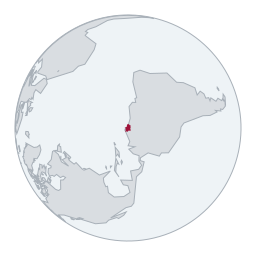 Delta Amacuro on an orthographic globe, rotated 248°
{"feature_id": "VEN-65", "entity_name": "Delta Amacuro", "entity_type": "State", "adm_level": 1, "iso_a3": "VEN", "parent_name": "Venezuela", "parent_adm1": "", "projection": "orthographic", "projection_center": [-61.33, 8.902], "detail": "fine", "context": "on_globe", "style": "filled", "palette": "rose", "viewbox_px": 256, "rotation_deg": 248, "n_neighbors": 0, "source": "natural_earth", "source_scale": "10m", "svg_char_len": 10051}
<svg xmlns="http://www.w3.org/2000/svg" viewBox="0 0 256 256"><g transform="rotate(248 128 128)"><circle cx="128" cy="128" r="113" fill="#eef3f6" stroke="#a8b0b8"/><path d="M64.6,34.9L68.0,33.0L70.1,31.8L70.4,31.3L72.7,29.9L74.2,29.1L76.9,27.6L78.9,26.9L80.7,26.1L80.8,25.8L83.6,24.5L83.1,25.0L88.0,22.9L92.1,22.0L88.8,25.8L93.4,25.4L96.0,29.8L98.1,28.7L100.4,30.1L103.6,29.5L103.2,30.9L106.1,29.3L105.9,28.2L107.1,27.3L109.0,26.9L108.8,28.4L107.8,28.8L108.7,29.1L107.8,30.1L109.3,29.4L108.9,31.5L112.1,29.0L114.1,30.3L113.0,31.8L109.5,32.2L98.2,37.9L96.1,40.2L96.5,42.7L105.0,46.0L104.1,48.5L105.5,51.6L107.7,49.8L107.3,46.8L111.7,44.4L110.8,41.4L112.4,40.2L112.9,37.2L116.7,37.2L120.2,39.0L120.0,41.6L121.5,42.5L124.8,39.9L127.5,45.0L134.5,49.2L134.8,50.8L129.6,53.6L121.6,53.6L114.9,58.6L123.2,55.1L123.7,59.7L125.5,60.5L127.7,60.2L129.1,58.5L130.1,60.2L122.3,63.9L121.2,62.4L123.7,61.2L120.0,61.4L114.7,64.5L115.4,66.9L106.7,70.3L107.1,72.1L105.4,74.1L105.4,70.8L105.2,77.0L95.1,83.9L94.7,95.5L90.8,86.4L86.8,85.3L81.9,85.4L81.7,87.2L75.4,85.6L69.2,89.3L66.0,98.5L67.5,105.7L74.6,106.3L77.1,102.4L82.5,101.7L77.8,112.4L87.2,114.3L85.7,122.4L88.4,126.7L93.2,125.7L98.2,127.9L102.1,123.2L108.1,120.8L108.0,127.4L111.5,121.4L114.8,124.6L126.9,124.4L126.0,125.9L136.2,133.7L147.5,137.0L150.2,141.7L148.8,144.7L152.8,145.5L152.8,147.4L169.0,149.8L177.3,154.2L177.1,160.8L170.3,168.8L164.4,184.7L152.2,190.2L149.3,196.3L140.2,205.1L132.7,204.5L135.1,208.7L131.2,211.2L126.5,211.3L125.9,214.2L122.4,214.2L124.9,216.1L119.8,219.6L121.9,222.5L118.3,225.1L119.8,226.7L118.3,226.6L116.8,227.1L116.8,228.0L111.8,226.4L109.7,222.7L111.0,220.9L108.9,220.5L111.6,215.6L109.5,216.6L108.9,208.8L111.3,202.1L111.7,181.8L109.1,177.6L100.4,172.5L89.8,156.2L92.4,149.7L90.2,146.5L97.4,137.3L95.7,128.4L93.2,127.1L90.6,130.3L82.3,124.4L79.7,117.6L56.2,105.3L54.2,101.8L54.9,96.3L51.1,78.2L50.9,94.9L48.7,91.4L47.6,85.4L49.2,84.0L49.8,75.5L48.3,72.1L51.4,62.0L60.9,50.3L60.8,52.2L63.1,49.5L63.3,47.1L63.0,46.2L71.2,36.2L73.3,31.4L70.3,32.4L73.9,30.5L65.5,34.5L64.4,35.1L64.6,34.9ZM93.8,99.5L104.5,105.4L98.0,105.9L99.3,104.9L96.7,102.5L91.7,100.2L86.1,101.3L93.8,99.5ZM99.4,93.2L97.5,92.7L99.4,92.7L99.4,93.2ZM62.4,46.1L63.1,47.2L62.0,50.0L61.2,49.2L62.4,46.1ZM64.8,41.3L65.8,41.3L63.2,43.8L63.4,43.0L64.8,41.3ZM67.5,33.6L67.6,33.9L66.7,34.1L67.5,33.6ZM74.2,29.0L73.9,29.2L73.2,29.6L74.0,29.2L74.2,29.0ZM110.8,37.5L111.8,37.3L111.2,37.9L110.8,37.5ZM110.0,36.4L108.5,37.2L107.9,36.8L108.9,36.3L110.0,36.4ZM80.2,26.0L79.7,26.2L79.5,26.4L80.2,26.0ZM112.0,35.5L107.1,36.0L106.1,35.4L108.8,33.1L112.0,35.5ZM85.5,23.7L84.5,24.1L84.4,24.1L85.5,23.7ZM105.0,28.1L105.4,29.2L103.3,28.6L105.0,28.1ZM103.4,28.0L95.5,28.4L96.0,26.8L98.6,26.9L97.8,25.3L101.9,24.4L103.2,25.0L102.1,26.1L104.6,24.9L103.4,28.0ZM96.4,19.9L95.6,20.1L95.3,20.2L96.4,19.9ZM107.5,26.8L105.8,26.9L106.1,25.6L109.5,25.1L108.3,25.7L107.5,26.8ZM95.5,25.5L96.3,24.6L99.9,23.5L100.7,23.0L102.0,24.2L95.5,25.5ZM109.2,25.8L111.2,24.9L112.7,25.3L109.1,26.7L109.2,25.8ZM104.8,25.4L105.1,24.8L106.0,25.0L104.8,25.4ZM119.4,26.7L117.5,26.6L117.4,25.8L119.4,26.7ZM111.8,24.6L111.2,24.5L111.0,24.2L112.6,23.8L111.8,24.6ZM104.4,23.4L105.8,23.3L104.1,22.9L106.7,22.2L107.1,23.2L108.0,22.5L108.8,22.3L108.2,23.4L104.4,23.4ZM113.5,22.7L114.9,24.0L118.6,24.2L118.7,24.8L112.8,24.5L113.5,22.7ZM110.5,23.0L112.4,22.9L111.5,23.6L109.7,24.1L110.5,23.0ZM108.3,21.4L104.2,22.2L108.3,21.4ZM114.7,22.5L114.3,22.2L115.1,22.5L114.7,22.5ZM110.4,21.6L109.0,21.8L109.1,21.5L110.4,21.6ZM114.8,21.5L115.3,21.9L114.1,22.2L114.8,21.5ZM113.0,21.4L113.4,21.0L113.4,22.1L112.3,21.5L113.0,21.4ZM110.8,21.3L110.4,21.2L111.4,21.2L110.8,21.3ZM119.2,20.3L119.4,21.6L116.7,22.2L116.9,20.8L119.2,20.3ZM120.4,229.6L112.3,226.9L116.8,228.2L119.3,226.9L123.8,228.9L120.4,229.6ZM128.2,226.3L131.4,225.5L132.4,226.0L130.3,226.6L128.2,226.3ZM217.7,59.9L218.3,61.8L214.9,57.9L211.4,52.4L211.0,51.9L217.7,59.9ZM207.0,47.7L206.5,47.3L204.5,45.3L207.0,47.7ZM203.6,44.5L205.4,46.3L206.8,47.5L208.2,49.1L207.0,48.1L205.9,46.9L205.4,46.7L210.9,52.9L212.9,54.9L213.5,57.5L216.9,61.1L218.1,63.5L212.8,58.2L211.0,56.0L203.7,51.6L205.7,54.0L212.7,58.6L211.9,58.5L214.7,62.5L211.9,59.5L203.8,54.4L202.2,57.5L205.6,68.7L203.6,70.6L199.4,69.7L192.8,59.9L198.1,56.9L195.8,54.0L190.2,50.7L192.3,50.3L190.6,48.8L192.2,47.7L189.8,43.3L190.7,42.1L185.4,37.8L185.2,36.8L188.4,39.5L191.0,41.1L192.7,39.1L191.8,37.9L188.2,35.4L189.1,35.4L185.4,33.3L184.3,31.5L182.6,32.0L178.4,29.7L175.3,27.5L173.6,26.9L178.7,30.6L180.9,32.0L183.3,33.0L189.3,37.8L189.6,39.1L182.3,34.9L182.0,36.6L176.5,33.1L166.3,24.5L164.3,22.7L170.2,23.8L173.2,25.1L172.5,25.3L177.1,27.0L174.8,25.9L175.6,26.1L171.7,24.4L172.1,24.4L167.8,22.8L167.8,22.7L170.5,23.7L166.1,22.0L174.2,25.3L182.1,29.2L189.7,33.7L196.8,38.8L203.6,44.5ZM226.8,74.0L225.5,71.6L227.0,74.3L230.7,81.7L233.8,89.3L236.3,97.2L238.3,105.2L239.7,113.4L240.5,121.6L240.6,129.8L240.2,138.1L239.1,146.3L237.5,154.4L235.3,162.3L232.5,170.1L229.1,177.6L225.2,184.9L220.8,191.9L219.7,193.0L222.3,189.1L225.5,182.3L231.2,164.8L234.4,155.6L235.4,149.2L233.9,136.1L234.4,127.7L233.4,124.7L231.6,126.5L230.0,123.0L228.7,123.5L218.1,129.9L213.2,125.9L203.3,111.9L203.9,105.1L201.1,98.1L203.2,71.0L207.1,71.2L212.6,65.0L213.9,65.4L216.9,70.7L223.9,74.4L221.9,69.5L224.7,70.8L224.2,69.4L222.5,66.6L226.8,74.0ZM206.4,83.6L207.3,85.7L206.4,83.6ZM127.3,124.3L128.8,125.6L126.8,125.7L127.3,124.3ZM97.0,108.6L99.3,108.8L100.5,109.9L98.6,110.1L97.0,108.6ZM117.3,109.1L120.1,109.7L117.1,110.2L117.3,109.1ZM106.2,106.1L115.0,108.9L109.2,110.7L103.7,109.1L107.6,108.6L106.2,106.1ZM97.9,96.9L99.4,97.4L98.8,98.6L97.9,96.9ZM100.8,93.2L100.2,93.3L99.6,92.3L100.8,93.2ZM124.2,59.4L124.8,59.2L127.1,59.4L125.9,60.1L124.2,59.4ZM137.8,56.1L139.1,58.9L137.3,57.3L136.0,58.6L130.5,57.1L134.7,51.5L133.7,54.2L137.8,56.1ZM124.4,54.0L127.4,55.3L124.0,54.1L124.4,54.0ZM179.9,42.6L181.9,43.0L183.5,44.9L182.4,47.3L180.1,44.5L179.9,42.6ZM184.4,43.4L177.5,39.1L177.9,37.7L178.8,39.1L179.8,38.7L181.6,40.9L188.8,44.2L190.6,46.2L187.5,48.9L187.5,46.8L185.5,46.3L184.4,43.4ZM159.0,33.4L156.0,32.4L160.8,30.7L163.1,32.0L162.1,34.1L158.8,34.0L159.0,33.4ZM117.6,31.7L116.2,32.0L116.2,31.5L117.5,30.9L117.6,31.7ZM118.5,26.7L124.1,30.1L122.7,30.6L127.6,32.5L125.8,34.5L122.7,33.1L125.1,36.3L121.5,35.8L123.5,38.0L116.8,34.7L113.7,34.6L117.8,33.8L119.5,31.9L119.3,31.1L116.4,29.0L110.6,28.3L111.4,26.7L113.5,25.7L115.0,25.6L114.0,26.6L116.7,25.7L116.5,27.2L118.5,26.7ZM137.3,19.3L135.5,19.8L140.9,19.7L140.7,20.6L141.3,20.5L142.6,21.4L145.3,22.5L144.6,22.8L145.9,23.1L146.8,23.8L148.4,24.4L147.8,25.4L149.7,26.2L148.4,26.2L151.8,27.4L149.0,27.0L149.8,28.1L152.1,27.9L145.2,33.5L144.4,36.7L145.3,39.8L140.4,39.1L136.4,35.9L133.6,32.1L135.0,29.4L132.5,29.7L132.5,28.6L134.5,28.8L131.4,27.8L131.9,27.0L129.3,24.6L124.6,24.2L123.6,23.4L125.7,23.2L123.2,22.7L126.4,21.8L125.7,21.3L128.3,20.2L132.7,20.3L131.6,19.8L133.5,19.1L137.3,19.3ZM120.0,20.0L125.4,19.5L127.9,19.9L122.4,21.8L122.6,22.3L119.1,23.9L115.6,23.4L116.9,23.0L117.3,22.4L118.3,22.8L117.8,22.1L119.6,21.6L119.8,21.0L121.5,21.0L120.0,20.0ZM213.1,63.1L213.7,63.0L214.2,62.2L215.9,64.9L213.1,63.1ZM207.7,59.7L207.9,59.1L210.6,62.1L209.9,62.4L207.7,59.7ZM205.7,56.3L207.7,58.8L206.3,57.6L205.7,56.3ZM188.3,39.0L188.3,38.3L189.2,38.9L190.2,39.9L188.3,39.0ZM153.2,20.4L151.8,20.4L151.2,20.2L147.2,19.5L147.1,19.0L149.4,19.2L153.2,20.4ZM219.0,61.6L220.5,63.8L220.0,63.1L219.6,62.5L219.0,61.6ZM219.1,64.3L220.2,64.8L219.6,65.0L219.1,64.3ZM152.3,19.8L150.7,19.5L151.6,19.5L152.3,19.8ZM146.7,18.6L147.4,18.5L146.6,18.9L146.7,18.6ZM160.4,20.1L160.1,20.1L153.8,18.4L148.7,17.3L154.4,18.5L158.5,19.6L159.6,19.9L160.4,20.1ZM136.6,15.7L134.6,15.6L136.6,15.7ZM144.8,17.1L146.5,17.4L145.7,17.4L144.8,17.1Z" fill="#d9dde1" stroke="#a8b0b8" stroke-width="1"/><path d="M130.5,128.7L130.7,128.8L130.9,129.1L130.9,129.3L130.7,129.4L130.6,129.5L130.4,129.7L130.2,129.8L129.5,129.9L129.5,130.0L129.4,130.0L129.2,130.1L129.1,130.3L129.0,130.2L128.7,129.9L128.5,130.0L128.4,130.0L128.2,130.1L127.9,130.0L127.5,129.5L127.4,129.4L127.4,129.2L126.2,129.2L125.5,128.9L125.7,128.7L125.8,128.8L126.0,128.7L126.3,128.5L126.3,128.4L126.5,128.4L126.6,128.2L126.5,127.9L126.6,127.7L126.4,127.7L126.2,127.6L126.1,127.4L126.1,127.1L125.9,127.0L125.9,126.9L125.8,126.7L126.0,126.6L126.1,126.4L126.2,126.1L126.2,125.9L126.3,126.0L126.4,126.4L126.3,126.5L126.4,126.4L126.4,126.1L126.5,126.0L126.4,126.0L126.4,125.9L126.2,125.9L126.3,125.8L126.5,125.8L126.8,126.1L127.0,126.2L127.0,126.3L127.0,126.5L127.1,126.4L127.2,126.5L127.2,126.4L127.0,126.2L127.3,126.2L127.5,126.3L127.5,126.2L127.4,126.1L127.5,126.1L127.8,126.4L127.8,126.2L127.7,126.2L127.8,126.2L128.0,126.4L128.2,126.6L128.3,126.7L128.2,126.6L128.3,126.6L128.5,126.7L128.7,126.8L128.8,126.8L129.0,127.0L129.0,127.3L128.9,127.3L128.7,127.4L128.6,127.5L128.4,127.7L128.5,127.7L128.7,127.4L128.7,127.5L128.5,127.8L128.4,127.9L128.4,128.0L128.3,128.3L128.3,128.5L128.2,128.6L127.6,128.6L127.4,128.5L127.5,128.7L127.7,128.8L127.8,128.8L128.0,128.8L128.1,129.0L128.2,128.9L128.3,128.8L128.5,128.8L128.5,129.0L128.5,128.9L128.7,128.7L128.8,128.6L129.2,128.6L129.3,128.6L129.5,128.7L129.8,128.6L130.2,128.5L130.3,128.6L130.5,128.7L130.5,128.7ZM128.6,128.2L128.8,128.1L129.1,128.1L129.3,128.2L129.2,128.3L129.0,128.5L128.9,128.5L128.7,128.5L128.3,128.6L128.3,128.4L128.5,128.2L128.6,128.2ZM128.6,128.6L128.6,128.8L128.4,128.8L128.2,128.8L128.2,128.7L128.3,128.7L128.5,128.6L128.6,128.6ZM128.8,127.8L128.8,127.7L128.9,127.8L129.0,127.8L128.9,127.8L128.9,128.0L128.5,128.1L128.7,127.9L128.8,127.8L128.8,127.8ZM127.9,128.6L128.0,128.6L128.1,128.8L127.9,128.8L127.7,128.7L127.8,128.7L127.9,128.6ZM129.1,128.4L129.3,128.3L129.2,128.3L129.3,128.4L129.4,128.5L129.2,128.5L129.1,128.4ZM128.5,128.0L128.5,127.9L128.7,127.7L128.8,127.7L128.8,127.8L128.6,127.9L128.6,128.0L128.5,128.0ZM128.9,127.6L128.7,127.7L128.8,127.5L128.8,127.4L128.9,127.5L128.9,127.6ZM129.0,127.4L129.0,127.5L128.9,127.6L129.0,127.4L129.0,127.4ZM126.2,125.7L126.3,125.8L126.2,125.8L126.2,125.7Z" fill="#f43f5e" stroke="#9f1239" stroke-width="1.5"/></g></svg>